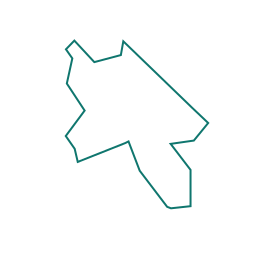 Danville, Virginia, United States of America (Natural Earth projection), rotated 224°
{"feature_id": "52423323B58138369943141", "entity_name": "Danville", "entity_type": "district", "adm_level": 2, "iso_a3": "USA", "parent_name": "United States of America", "parent_adm1": "Virginia", "projection": "natural_earth1", "projection_center": [-79.406, 36.593], "detail": "fine", "context": "isolated", "style": "outline", "palette": "teal", "viewbox_px": 256, "rotation_deg": 224, "n_neighbors": 0, "source": "geoboundaries", "source_scale": "gbopen_adm2", "svg_char_len": 440}
<svg xmlns="http://www.w3.org/2000/svg" viewBox="0 0 256 256"><g transform="rotate(224 128 128)"><path d="M191.6,187.1L183.8,175.5L198.0,152.0L227.3,153.6L227.3,141.5L216.4,139.4L202.9,117.5L171.3,110.4L167.2,79.0L151.9,76.0L140.6,68.7L119.5,115.3L118.3,118.7L89.9,105.4L45.1,98.5L41.3,100.1L28.7,115.2L53.9,141.3L86.3,146.2L71.9,164.7L73.8,187.3L96.2,187.1L96.4,187.1L191.6,187.1Z" fill="none" stroke="#0f766e" stroke-width="2"/></g></svg>